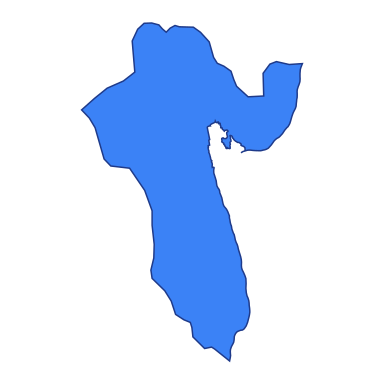 Bimbo, Ombella-M'Poko, Central African Republic (Equal Earth projection)
{"feature_id": "33826404B89402945162763", "entity_name": "Bimbo", "entity_type": "district", "adm_level": 2, "iso_a3": "CAF", "parent_name": "Central African Republic", "parent_adm1": "Ombella-M'Poko", "projection": "equal_earth", "projection_center": [18.582, 4.266], "detail": "fine", "context": "isolated", "style": "filled", "palette": "blue", "viewbox_px": 384, "rotation_deg": 0, "n_neighbors": 0, "source": "geoboundaries", "source_scale": "gbopen_adm2", "svg_char_len": 5492}
<svg xmlns="http://www.w3.org/2000/svg" viewBox="0 0 384 384"><path d="M179.4,26.8L175.0,25.5L170.2,28.1L166.2,32.2L162.4,28.9L158.9,24.9L151.7,23.0L144.1,23.3L137.7,29.2L132.2,41.0L134.8,72.1L123.4,81.0L107.1,88.2L94.5,98.4L81.6,109.9L89.3,118.0L95.1,127.7L104.1,159.0L110.8,166.0L129.6,168.2L144.7,190.4L152.1,210.8L152.1,225.3L154.2,244.4L153.8,258.0L150.9,270.1L152.1,278.4L164.8,290.8L171.2,301.0L175.6,314.4L183.9,319.8L190.3,322.4L191.9,327.5L192.9,336.9L204.6,348.5L211.6,347.1L214.6,349.0L229.6,361.0L230.3,357.5L230.6,355.5L230.4,353.4L230.3,351.3L230.5,349.4L231.2,347.3L231.8,345.9L232.8,344.1L233.7,342.2L234.1,339.9L234.2,338.4L234.3,336.6L234.8,335.1L235.5,333.7L236.6,332.2L237.9,331.3L240.5,330.3L242.6,330.0L244.2,328.8L246.2,325.9L247.6,322.3L249.0,316.9L249.4,315.1L249.8,312.4L249.8,310.8L249.6,308.1L249.2,305.3L249.1,303.0L248.8,300.7L247.9,297.8L247.0,295.8L246.3,292.7L245.9,288.3L246.1,283.6L245.9,278.6L244.9,275.6L243.5,272.4L242.2,269.8L241.6,267.8L241.4,265.6L241.5,262.1L241.3,259.7L240.7,256.8L239.5,252.9L238.4,249.3L237.8,246.4L237.1,244.3L236.2,242.5L235.3,239.9L234.8,237.3L234.2,234.7L233.3,233.0L232.6,231.0L231.9,229.1L231.4,226.0L230.7,224.2L230.2,222.1L229.9,220.0L229.4,217.9L229.4,215.8L227.7,211.5L226.5,209.2L225.2,207.6L224.4,206.7L223.7,205.6L223.0,203.6L222.4,200.7L221.8,197.8L220.8,195.2L219.8,192.8L219.6,190.9L219.0,189.3L217.9,187.8L216.9,185.8L216.5,183.3L216.2,180.8L215.6,178.8L214.9,176.5L213.8,173.1L213.7,170.6L213.9,168.5L214.4,167.3L214.3,167.5L213.5,167.3L213.1,167.2L212.6,167.2L212.3,167.4L212.1,166.2L212.3,164.9L212.3,164.5L212.2,163.8L212.1,163.1L212.0,162.8L211.7,162.5L211.7,162.4L211.5,162.1L211.4,161.7L211.5,161.6L211.9,160.9L211.4,160.3L211.2,160.1L211.1,159.9L211.0,159.7L210.9,159.6L210.7,159.1L210.7,158.8L210.6,158.5L210.6,158.0L210.5,157.6L210.3,157.1L210.3,156.9L210.2,156.4L210.1,156.2L210.0,155.9L209.9,155.3L209.7,154.7L209.6,154.3L209.4,153.9L209.3,153.5L209.2,153.2L209.0,152.7L208.8,152.5L208.9,152.1L208.9,151.3L208.9,150.9L208.6,150.4L208.6,150.2L208.5,149.9L208.4,149.6L208.3,149.1L208.2,148.6L208.1,147.3L208.3,147.3L208.3,147.2L208.5,147.0L208.2,145.6L209.6,145.1L208.8,140.2L209.7,139.6L208.8,135.1L208.0,131.4L207.3,127.7L207.3,127.3L207.4,127.0L207.7,126.7L207.9,126.5L208.2,126.4L208.4,126.3L208.8,126.2L209.1,126.1L209.6,125.9L210.2,125.9L210.3,125.9L210.2,125.7L210.2,125.4L210.2,125.2L211.2,124.1L214.4,122.6L215.1,122.0L215.2,121.6L215.3,121.1L215.4,121.3L215.6,121.9L215.9,122.3L216.3,122.6L216.6,122.6L216.8,122.6L217.2,122.4L217.5,122.3L218.0,121.9L218.4,122.0L218.5,122.2L218.3,122.5L218.3,123.0L218.4,123.5L218.5,123.6L218.8,123.8L219.1,123.7L219.7,123.4L219.9,123.2L220.1,123.4L220.3,123.9L220.3,124.4L220.1,124.8L220.1,125.0L220.4,125.2L220.5,125.7L220.8,126.0L220.8,126.6L220.8,127.2L220.7,127.5L220.8,127.8L221.0,127.9L221.5,127.7L222.0,127.9L222.2,128.2L222.2,128.4L222.2,128.8L222.3,129.1L222.7,129.6L222.9,129.7L223.3,129.9L223.6,130.1L223.8,130.4L224.0,130.9L224.3,131.2L225.0,130.3L225.6,130.3L226.8,130.0L227.5,130.3L227.9,130.8L228.0,131.4L226.8,132.4L226.7,133.5L226.7,133.8L227.0,134.8L227.1,135.4L227.4,136.2L227.4,136.8L227.1,137.4L226.5,138.2L225.8,138.6L223.6,138.5L223.4,138.4L223.2,137.9L222.9,137.9L222.6,138.0L222.2,138.1L221.7,138.6L221.7,138.9L221.7,139.4L221.9,139.7L222.0,140.2L221.9,140.8L221.8,141.5L221.8,141.8L222.1,141.8L222.2,142.0L222.4,142.3L222.7,142.6L223.3,143.0L223.7,143.2L223.8,143.3L223.8,143.6L223.8,143.9L223.8,144.3L224.0,144.6L224.3,144.7L224.7,145.0L224.8,145.3L224.8,145.6L224.8,145.8L225.2,146.3L225.7,146.9L225.8,147.1L225.8,147.5L226.0,148.0L226.1,148.3L226.4,148.5L226.9,148.5L227.0,148.3L227.1,148.2L227.1,147.9L227.2,147.7L227.4,147.9L227.5,148.3L227.8,148.4L228.0,148.4L228.4,148.3L228.7,148.4L229.0,148.4L229.5,148.6L229.7,148.4L230.1,148.4L230.2,148.0L230.1,146.7L230.1,146.3L229.9,145.8L229.9,145.3L230.3,144.5L230.4,144.1L230.1,143.5L230.0,142.8L230.0,142.3L230.2,142.0L230.6,141.7L231.0,141.3L231.0,140.8L230.7,139.2L230.4,138.5L230.4,138.0L230.6,137.7L230.5,137.3L230.2,136.4L230.0,135.8L229.9,135.3L229.8,135.1L230.2,135.4L230.6,135.6L231.1,135.7L231.3,135.7L231.5,135.8L231.9,136.1L232.0,136.3L232.2,136.6L232.3,136.7L232.4,137.0L232.6,137.6L232.7,137.9L232.8,138.2L233.0,138.4L233.1,138.5L233.4,138.7L233.6,138.9L233.8,139.6L235.7,141.3L236.2,141.5L236.7,141.7L237.1,142.2L237.5,142.4L239.1,142.5L239.7,143.0L240.3,143.3L240.6,143.4L240.7,143.5L241.0,144.0L241.2,144.3L241.1,144.5L240.9,145.1L241.6,145.7L243.6,146.4L244.9,147.6L245.1,149.8L244.8,151.0L243.8,151.3L243.3,151.4L241.9,152.2L241.1,152.9L241.8,152.2L243.2,151.4L244.9,151.0L247.1,150.3L248.7,150.1L250.4,150.1L252.6,150.4L255.3,150.6L258.7,150.7L260.8,150.7L262.2,150.4L263.2,150.1L264.8,149.8L266.2,149.3L267.4,148.7L268.3,148.2L269.6,146.8L271.4,144.8L273.3,142.1L273.9,141.2L275.3,139.7L276.9,138.4L278.8,137.4L279.9,136.4L282.5,133.6L283.6,131.9L284.8,130.1L287.0,127.5L287.9,126.8L288.9,125.2L289.8,123.5L290.6,121.0L291.3,118.5L291.8,116.7L292.6,114.3L293.3,112.5L294.3,110.5L295.4,108.4L296.1,106.2L296.3,103.6L296.6,101.1L296.7,99.6L297.1,97.7L297.2,95.6L297.2,93.7L297.1,91.4L297.3,89.5L297.8,87.9L298.3,86.3L298.9,84.9L299.4,83.4L299.9,81.7L300.0,80.4L300.1,79.0L300.0,76.7L300.0,73.4L300.3,69.6L300.8,67.7L302.4,63.6L289.2,64.5L276.4,61.6L269.9,64.1L263.1,73.3L263.7,96.0L248.1,96.8L236.6,86.3L233.8,79.6L231.0,71.2L223.9,66.2L217.3,63.3L213.6,57.4L209.2,41.9L200.5,32.3L193.4,27.2L179.4,26.8Z" fill="#3b82f6" stroke="#1e3a8a" stroke-width="1.5"/></svg>